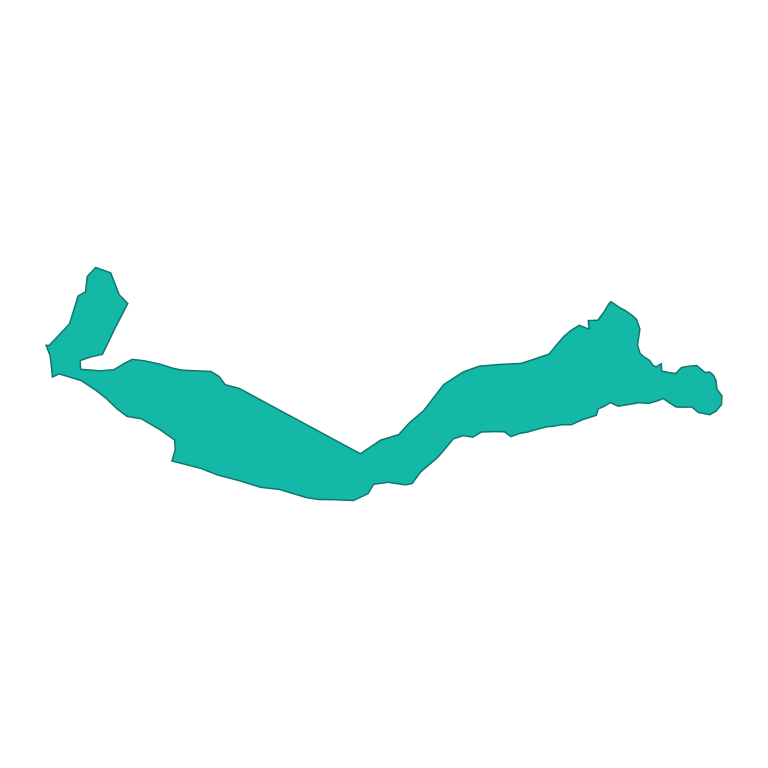 outline of Kato Arodes, Paphos, Cyprus
{"feature_id": "46923920B59475373128367", "entity_name": "Kato Arodes", "entity_type": "district", "adm_level": 2, "iso_a3": "CYP", "parent_name": "Cyprus", "parent_adm1": "Paphos", "projection": "mercator", "projection_center": [32.375, 34.942], "detail": "fine", "context": "isolated", "style": "filled", "palette": "teal", "viewbox_px": 768, "rotation_deg": 0, "n_neighbors": 0, "source": "geoboundaries", "source_scale": "gbopen_adm2", "svg_char_len": 1877}
<svg xmlns="http://www.w3.org/2000/svg" viewBox="0 0 768 768"><path d="M588.3,320.6L589.1,329.2L579.2,325.3L571.0,330.4L564.1,336.2L556.9,344.5L549.1,354.1L529.9,360.6L521.0,363.4L500.5,364.4L479.6,366.1L463.1,372.0L443.6,384.7L433.0,398.5L423.8,410.5L409.0,423.2L398.8,434.6L380.6,440.1L360.4,453.8L239.2,388.4L225.2,384.7L219.3,376.6L211.0,371.5L200.3,371.0L182.1,370.2L172.0,368.0L159.5,364.0L143.7,360.7L132.3,359.4L124.9,363.1L113.9,369.7L99.9,370.8L80.6,369.3L80.2,360.5L91.6,356.7L102.5,354.3L107.0,344.9L115.0,328.2L127.8,303.5L119.3,294.9L110.7,272.9L95.7,267.5L87.2,276.6L85.6,291.7L78.1,296.0L69.5,323.9L49.2,345.4L46.1,345.3L50.1,355.5L51.8,370.1L52.3,375.8L52.4,377.0L59.2,373.9L69.5,377.0L81.2,380.6L96.0,390.4L106.3,398.5L117.2,409.0L127.3,416.5L141.4,418.8L160.0,429.7L174.5,439.9L175.3,449.4L172.0,460.7L171.9,461.0L200.6,468.3L217.7,475.0L239.7,480.8L260.5,487.3L279.3,489.4L306.0,497.5L318.5,499.5L334.4,499.7L353.4,500.5L368.0,493.6L373.6,484.3L387.9,482.3L405.3,484.9L412.2,483.5L420.5,472.1L437.8,457.3L444.7,449.2L453.2,438.9L463.3,435.6L472.8,437.2L481.4,432.0L495.2,431.6L504.5,431.8L510.9,436.6L519.8,433.4L527.9,432.0L534.1,430.1L546.1,426.9L554.3,426.1L562.0,424.7L571.3,424.7L582.2,419.8L591.7,416.7L596.3,415.3L598.3,408.8L603.6,406.6L610.5,402.5L618.1,406.2L628.2,404.6L638.5,402.7L648.8,403.4L657.9,400.7L663.2,398.5L668.6,402.3L676.1,407.0L683.6,407.2L691.8,407.0L698.5,412.5L705.3,413.8L710.0,414.7L716.1,411.1L721.5,404.6L721.9,395.9L716.9,389.2L716.1,380.8L713.4,375.2L709.6,371.9L705.4,372.7L698.7,367.3L696.7,365.6L689.0,366.2L681.5,367.5L675.7,373.5L669.8,372.7L661.7,371.1L661.3,363.8L656.3,366.8L653.1,365.6L649.6,360.4L644.0,356.9L640.1,353.5L637.5,345.1L639.9,329.1L636.7,319.6L632.5,315.7L625.8,310.9L619.3,307.4L611.0,301.7L608.9,303.7L604.4,311.3L597.9,320.2L588.3,320.6Z" fill="#14b8a6" stroke="#0f766e" stroke-width="1.5"/></svg>